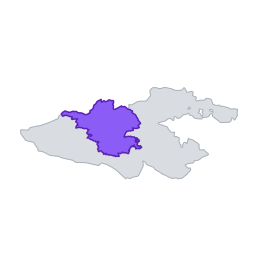 location of Naryn within Kyrgyzstan, rotated 191°
{"feature_id": "KGZ-1118", "entity_name": "Naryn", "entity_type": "Region", "adm_level": 1, "iso_a3": "KGZ", "parent_name": "Kyrgyzstan", "parent_adm1": "", "projection": "albers", "projection_center": [75.468, 41.376], "detail": "fine", "context": "in_parent", "style": "filled", "palette": "violet", "viewbox_px": 256, "rotation_deg": 191, "n_neighbors": 0, "source": "natural_earth", "source_scale": "10m", "svg_char_len": 9244}
<svg xmlns="http://www.w3.org/2000/svg" viewBox="0 0 256 256"><g transform="rotate(191 128 128)"><path d="M57.1,151.2L57.7,150.9L59.7,150.5L63.8,150.3L65.1,150.7L67.8,152.5L69.9,152.4L70.3,152.6L71.1,154.1L74.1,152.1L76.2,151.6L77.4,149.6L79.8,147.2L81.7,146.9L81.8,147.3L82.1,147.7L84.1,148.3L84.7,147.7L85.1,146.8L84.4,145.3L84.4,144.8L85.1,143.9L88.2,145.4L88.9,145.4L90.4,144.6L91.7,143.4L92.2,142.3L98.8,139.1L99.3,138.5L99.2,138.0L96.5,137.2L95.3,137.6L94.2,137.5L93.5,137.0L90.2,136.7L89.5,136.4L87.4,133.8L84.8,132.2L83.5,132.2L81.9,132.8L81.4,132.5L81.4,130.2L81.1,128.7L80.2,128.4L79.0,128.9L75.7,128.0L75.5,125.1L74.3,122.4L72.6,121.3L72.6,119.8L72.1,119.1L71.5,119.3L70.8,120.0L71.1,121.7L70.8,123.4L70.3,124.3L69.6,124.9L68.7,124.9L67.2,123.9L66.8,129.1L66.5,129.4L64.7,128.6L63.3,128.8L61.1,128.4L59.6,127.5L56.5,126.3L55.1,125.3L54.4,121.8L53.6,120.5L52.8,120.2L49.4,121.2L46.1,118.9L44.5,118.3L44.1,117.7L44.2,116.9L49.6,113.3L51.7,110.8L53.1,109.7L56.4,108.7L57.2,106.3L57.5,106.1L60.8,105.1L64.6,103.1L64.7,102.5L64.4,102.0L61.2,99.9L59.5,100.7L58.5,99.5L58.6,98.3L59.8,96.4L60.8,95.4L61.3,93.5L62.6,92.3L64.1,90.4L65.8,88.8L69.0,87.7L70.6,88.2L72.2,87.9L74.8,87.0L76.3,87.0L82.6,88.8L84.7,89.0L89.6,91.2L93.4,92.3L95.2,94.3L101.5,95.3L103.1,95.9L103.7,96.9L105.5,98.1L107.0,98.4L105.8,93.7L106.4,91.0L108.5,83.5L109.5,82.4L114.6,80.4L115.8,78.8L119.4,78.9L120.2,78.6L120.6,77.7L131.7,84.5L136.0,86.3L141.8,88.1L146.8,88.6L147.7,88.2L149.6,85.6L150.6,85.5L162.9,85.9L171.7,84.4L173.0,84.4L176.3,85.8L186.8,86.0L190.9,86.9L197.4,86.3L200.1,86.4L205.1,88.0L206.9,88.4L210.1,88.5L211.3,88.2L212.0,88.6L212.8,90.9L216.0,93.7L217.2,95.3L218.4,95.9L224.2,96.1L226.5,96.6L232.1,101.9L233.0,105.2L232.5,105.9L226.8,106.6L225.5,107.2L224.2,109.7L216.6,113.0L215.5,113.0L205.4,119.0L198.4,124.0L198.2,126.3L194.1,131.6L190.9,132.4L188.3,132.3L183.9,134.0L178.2,133.6L176.3,133.7L172.5,133.1L171.1,133.5L169.5,134.6L167.3,138.7L166.5,139.7L166.1,140.7L165.7,142.7L164.9,144.8L163.1,148.1L161.5,149.6L160.0,150.5L158.9,148.6L156.9,150.0L155.1,149.7L154.0,150.1L151.5,151.8L147.7,151.8L147.3,151.2L146.6,146.5L145.9,144.3L145.4,143.8L144.7,143.7L139.4,147.4L136.9,148.0L134.8,148.2L132.2,147.0L131.6,147.3L131.1,147.9L130.9,148.7L131.7,150.8L131.5,151.2L130.3,151.1L128.6,151.6L123.4,155.9L120.1,157.0L117.1,157.4L115.2,158.2L114.2,159.8L112.1,164.2L112.2,165.2L113.0,166.4L113.6,169.1L113.4,169.8L111.7,172.1L109.6,172.7L108.0,173.0L104.9,172.6L103.2,173.0L100.2,174.7L97.8,174.9L93.2,174.8L88.7,174.0L87.2,174.2L83.1,175.1L81.7,176.6L80.9,178.1L80.5,178.3L78.9,176.9L77.0,174.5L76.0,174.5L72.3,176.2L71.8,176.1L70.8,175.4L71.0,172.4L69.9,171.8L67.5,171.5L66.6,170.8L67.0,169.0L66.8,168.2L66.2,167.7L64.9,167.8L62.2,169.2L59.2,169.6L58.2,170.1L56.9,172.1L52.9,172.3L51.6,171.7L49.4,167.8L47.3,167.1L45.2,167.1L42.3,167.9L41.7,167.1L40.9,166.8L40.2,167.4L36.7,167.3L33.2,167.0L31.2,166.4L29.8,166.4L27.1,167.2L23.9,167.2L23.8,163.6L23.0,161.2L24.3,157.3L24.9,156.1L27.2,157.7L28.1,157.5L28.3,156.8L28.1,155.0L29.4,153.1L38.0,151.0L47.1,155.5L48.1,158.0L48.9,158.0L50.3,156.9L50.8,154.8L52.7,153.7L56.8,152.5L57.1,151.2ZM61.4,160.2L61.6,159.8L61.0,158.0L62.0,156.3L60.1,155.9L59.2,155.3L58.2,153.5L57.9,153.4L57.3,153.9L56.9,155.0L57.1,156.3L58.4,157.5L57.6,159.9L60.4,160.4L61.4,160.2ZM51.6,161.4L51.5,160.8L50.9,160.6L47.4,159.7L47.5,160.2L48.8,162.1L49.8,162.2L51.6,161.4ZM72.5,159.2L72.8,158.1L70.6,158.7L70.4,159.2L71.1,160.0L72.0,160.3L72.5,159.2Z" fill="#d9dde1" stroke="#a8b0b8" stroke-width="1"/><path d="M196.1,129.1L195.6,130.1L195.3,130.5L195.1,130.9L193.2,132.6L192.9,132.7L192.5,132.7L191.7,132.4L189.2,132.1L188.6,132.1L187.9,132.3L185.5,133.8L185.2,133.9L184.8,133.9L183.8,133.9L182.4,134.3L181.8,134.3L180.2,133.6L179.1,133.4L178.5,133.5L177.4,133.8L175.1,133.7L174.5,133.5L173.5,133.0L172.9,132.9L170.9,133.4L170.2,133.8L169.7,134.3L169.4,134.7L168.7,135.2L168.4,135.5L168.2,136.0L168.3,136.5L168.5,137.0L168.5,137.5L168.4,138.0L168.1,138.3L167.3,138.7L166.7,139.3L166.2,140.1L165.9,141.0L165.8,143.5L165.7,144.0L165.5,144.3L164.5,145.1L164.1,145.9L163.5,147.7L163.0,148.4L162.5,148.9L160.9,150.0L160.3,150.6L159.9,150.8L159.7,150.5L159.3,148.9L159.1,148.5L158.6,148.3L158.0,148.9L157.5,149.8L156.8,150.2L156.5,150.1L155.7,149.7L155.4,149.6L154.9,149.6L153.2,150.5L152.9,150.8L152.7,151.3L152.4,151.7L152.0,151.9L151.6,152.0L151.2,152.0L150.0,151.7L149.5,151.7L149.1,151.7L148.2,152.1L147.8,152.1L147.5,151.8L147.3,151.4L147.0,150.2L147.0,149.8L147.1,149.3L147.6,148.6L147.5,148.2L147.3,147.9L146.8,147.4L146.6,147.1L146.4,146.6L146.3,145.2L146.0,144.1L145.5,143.6L144.8,143.6L144.0,144.0L139.8,147.4L139.1,147.6L139.0,148.1L138.8,148.3L138.5,148.4L137.7,147.9L137.4,147.8L136.9,147.9L136.0,148.3L135.5,148.4L134.8,148.2L134.1,147.9L132.4,146.7L132.0,146.5L131.6,146.6L131.0,146.4L129.5,146.5L129.2,146.4L128.6,145.9L127.2,145.6L126.9,145.5L126.8,145.3L126.9,144.7L127.0,144.3L126.8,144.0L126.6,143.7L126.4,143.6L123.7,142.6L123.3,142.3L122.6,141.7L122.2,141.3L121.8,140.6L120.5,139.2L120.0,138.8L119.9,138.7L119.8,138.1L119.6,137.6L119.0,137.2L116.9,135.3L116.6,134.8L118.3,132.8L118.6,132.4L118.6,132.2L117.2,131.0L117.1,130.8L117.3,130.3L117.5,130.1L118.1,130.1L118.3,130.0L118.6,129.6L119.2,129.4L119.8,129.1L120.8,129.0L122.3,128.7L123.1,129.0L123.5,128.9L123.3,128.5L122.7,127.6L122.4,127.0L122.4,126.8L122.5,126.7L124.2,126.0L125.0,125.6L126.8,125.3L128.2,124.6L129.0,123.6L129.1,123.3L129.4,122.6L129.8,121.2L129.9,119.8L130.2,119.1L130.2,118.9L129.5,118.3L129.1,118.3L128.9,118.4L128.8,118.7L128.5,118.9L126.2,119.9L125.9,119.9L125.3,119.8L125.0,119.8L124.8,119.9L124.4,120.2L124.0,120.4L123.7,120.4L123.3,120.2L122.3,120.1L121.3,120.1L120.9,120.2L120.3,120.4L120.1,120.4L119.5,119.9L119.3,119.8L118.8,119.7L118.5,119.7L117.9,119.9L117.5,119.9L117.1,119.7L116.6,119.2L116.2,119.1L115.8,118.6L115.4,118.4L115.1,118.5L114.7,117.6L114.5,117.3L114.4,117.3L114.4,117.1L115.0,116.6L116.1,116.6L116.5,116.7L116.8,116.9L117.1,117.3L117.1,117.5L117.2,117.9L117.1,118.4L117.2,118.6L117.5,118.8L118.1,119.0L118.3,119.0L118.5,118.9L118.3,116.7L118.2,116.2L118.0,115.9L117.3,115.7L116.5,115.6L115.8,115.5L115.7,115.3L115.8,113.5L115.8,113.1L115.6,112.8L115.5,112.6L114.8,112.3L114.1,112.6L113.6,112.2L112.9,111.9L113.0,112.2L112.9,112.6L112.6,112.8L112.4,112.9L111.9,112.5L111.4,112.0L111.0,111.6L111.0,111.4L111.5,111.3L111.7,111.2L111.9,110.8L112.4,110.2L112.5,109.9L114.7,109.7L115.0,109.7L115.4,109.6L116.2,109.0L116.4,109.3L116.5,109.8L116.9,110.2L117.1,110.6L117.3,110.8L117.6,110.9L118.3,110.8L118.5,110.8L118.6,111.1L118.5,111.8L118.5,112.1L118.6,112.3L118.8,112.4L119.0,112.1L119.1,111.3L119.4,111.0L120.0,110.6L120.7,110.9L121.1,110.8L121.3,110.7L121.5,110.3L121.4,109.9L121.5,109.5L122.1,108.8L122.2,108.6L122.3,108.4L122.2,107.8L122.3,107.4L122.4,107.1L122.7,106.8L123.1,106.5L123.1,106.4L123.0,106.1L122.8,106.0L122.3,105.9L122.3,105.6L122.3,105.4L122.7,103.0L123.0,102.9L123.4,102.9L124.2,103.1L124.7,103.3L128.0,102.8L128.4,102.8L128.5,102.9L128.7,103.3L128.9,103.3L130.1,101.7L130.4,101.5L131.9,101.3L132.6,101.5L132.8,101.5L132.8,101.2L132.6,100.8L131.8,99.4L131.4,98.5L131.6,98.4L134.3,98.0L134.6,97.9L134.8,97.7L135.2,97.8L135.7,98.4L136.3,98.2L136.6,97.9L136.9,97.8L137.6,98.1L140.5,98.2L141.2,98.0L141.4,97.8L141.7,97.8L142.6,98.2L142.9,98.2L144.2,97.8L144.6,97.7L144.8,97.9L144.9,98.1L144.8,98.8L145.0,98.8L146.2,98.1L146.5,97.7L146.8,97.6L146.9,97.8L147.2,98.7L147.3,98.8L147.9,98.9L148.7,99.3L148.9,99.5L149.2,100.1L149.4,100.3L150.9,100.2L151.1,100.1L151.4,99.9L151.7,99.3L152.0,99.3L152.5,99.4L152.7,99.7L152.8,99.9L152.9,100.7L153.0,100.8L153.3,101.0L153.6,101.3L153.8,101.8L153.7,102.1L153.4,103.1L153.3,103.7L153.3,104.0L153.9,104.3L154.0,104.6L153.9,104.9L154.0,105.0L155.0,105.8L155.3,106.2L155.3,106.4L155.3,106.8L155.2,107.1L155.1,107.3L154.5,107.8L154.1,108.1L154.0,108.3L153.9,108.6L154.0,108.7L154.1,108.8L154.4,108.9L154.7,108.9L156.1,108.5L156.7,108.2L157.1,108.4L157.6,108.8L158.0,109.0L158.9,108.8L159.8,109.0L160.2,109.3L160.8,109.5L162.3,109.6L162.6,109.6L164.1,110.4L164.7,110.7L165.2,110.7L165.7,110.5L165.9,110.5L166.0,110.5L165.6,111.4L165.5,112.0L165.4,112.6L165.2,112.8L164.6,112.9L163.4,112.8L162.8,112.9L162.4,113.2L162.1,113.7L162.5,114.1L162.6,114.4L165.1,114.5L165.5,114.4L166.0,114.2L166.4,114.4L166.9,114.6L167.4,115.0L167.5,115.2L167.4,115.8L167.0,116.6L166.9,116.9L166.9,117.5L166.8,117.8L166.2,118.8L166.2,119.0L166.4,119.0L167.0,118.8L167.5,119.0L167.7,119.3L167.8,119.4L168.9,119.6L169.3,119.5L169.7,119.4L170.3,119.1L170.8,119.0L172.1,119.1L173.2,119.4L176.6,119.2L177.0,119.1L177.5,118.7L178.5,118.4L178.8,118.1L179.0,118.1L179.2,118.6L179.1,119.7L179.0,120.3L178.6,121.2L178.4,121.4L178.0,121.3L177.9,121.3L178.2,122.2L178.4,122.9L178.6,123.2L179.6,123.6L180.2,124.0L180.5,124.2L180.5,124.3L180.5,124.5L180.1,125.1L180.1,125.6L179.8,126.5L179.3,127.1L179.4,127.3L180.0,127.2L183.1,126.3L183.8,125.9L184.6,125.9L184.9,125.9L185.1,126.1L185.1,126.5L184.9,127.1L184.8,127.4L184.8,127.7L184.9,127.9L184.9,128.0L185.1,128.1L185.4,128.1L187.1,128.1L189.6,128.6L191.0,128.6L191.9,128.5L192.3,128.3L193.2,127.8L193.8,127.3L194.2,127.2L194.6,127.3L194.9,127.5L195.0,127.6L195.4,128.6L195.7,128.9L196.1,129.1Z" fill="#8b5cf6" stroke="#5b21b6" stroke-width="1.5"/></g></svg>